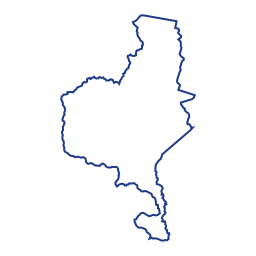 outline of Itaberaí, Goiás, Brazil
{"feature_id": "56859067B7419622155547", "entity_name": "Itaberaí", "entity_type": "district", "adm_level": 2, "iso_a3": "BRA", "parent_name": "Brazil", "parent_adm1": "Goiás", "projection": "mercator", "projection_center": [-49.83, -16.116], "detail": "fine", "context": "isolated", "style": "outline", "palette": "blue", "viewbox_px": 256, "rotation_deg": 0, "n_neighbors": 0, "source": "geoboundaries", "source_scale": "gbopen_adm2", "svg_char_len": 4884}
<svg xmlns="http://www.w3.org/2000/svg" viewBox="0 0 256 256"><path d="M117.4,180.0L116.3,181.5L115.4,182.6L115.6,184.5L117.0,186.5L119.1,184.7L120.3,184.0L122.4,183.8L123.9,184.3L124.7,185.4L126.1,185.6L126.8,184.5L128.1,184.7L129.1,183.4L130.9,183.6L134.1,183.1L135.8,184.6L136.8,185.0L137.4,185.8L137.3,187.7L138.2,188.8L140.2,189.9L141.6,191.4L143.9,191.3L145.9,191.0L151.4,193.8L152.0,195.4L152.7,197.0L154.0,197.4L155.3,198.8L155.9,202.4L156.2,204.8L157.8,204.8L158.0,206.6L157.9,208.3L159.0,208.8L159.4,211.3L159.9,213.1L158.7,214.3L157.1,215.2L155.3,215.4L153.6,214.8L151.4,215.5L149.6,216.2L147.6,215.5L145.7,214.2L143.1,212.8L141.1,213.1L139.6,214.8L138.1,216.1L136.1,219.3L134.5,219.6L134.5,221.3L136.2,225.4L138.3,227.6L141.3,227.6L145.1,229.0L146.0,230.0L146.8,232.0L149.0,233.7L150.3,235.1L150.5,236.2L150.1,237.4L149.5,238.6L151.8,237.8L153.1,238.6L154.9,238.3L157.3,238.8L159.4,239.6L161.5,240.5L163.2,240.6L165.5,240.0L166.9,240.3L168.6,239.0L168.4,237.6L168.5,236.0L169.4,234.0L168.9,233.1L167.6,233.2L167.0,231.9L167.2,230.3L165.7,229.1L165.4,227.9L166.1,226.7L166.0,225.6L165.1,224.1L165.4,222.6L164.9,221.3L163.2,221.7L162.1,221.3L162.8,219.7L161.9,218.1L162.4,216.7L163.2,215.5L164.0,214.6L165.0,213.9L165.5,212.5L164.7,211.7L164.8,208.5L164.7,207.5L164.1,206.6L165.1,204.8L166.2,204.2L165.2,203.6L166.1,202.4L165.4,201.5L164.3,200.8L163.5,198.9L162.4,197.9L163.5,196.2L163.1,194.4L161.7,194.7L161.8,192.8L161.4,191.6L161.6,190.5L162.8,188.1L162.0,186.8L161.5,186.1L160.2,185.3L159.4,184.7L158.2,184.5L156.9,184.1L156.5,182.2L157.6,180.3L157.9,178.6L156.7,177.9L156.5,176.0L156.0,174.1L156.6,172.1L155.3,171.0L155.5,169.4L155.4,167.8L155.9,164.5L157.2,162.8L158.4,161.0L160.6,159.0L161.6,156.7L162.4,154.2L173.6,144.6L189.5,131.0L190.5,130.1L192.6,127.7L191.2,128.0L190.9,126.6L190.3,125.5L189.7,124.5L188.7,124.1L187.8,124.3L187.2,123.0L188.4,118.4L189.1,117.5L189.3,115.6L189.0,114.5L188.3,113.3L187.3,112.7L186.1,111.7L184.7,110.2L184.8,108.5L183.4,107.9L182.4,106.2L181.6,105.3L180.9,103.9L180.9,102.5L192.0,99.2L193.8,97.7L194.8,95.2L178.4,89.9L179.2,87.3L180.1,85.5L179.3,84.1L177.6,82.9L177.1,81.6L177.2,79.9L177.9,77.6L178.4,75.8L178.9,74.8L179.5,72.4L180.8,69.9L180.2,68.7L180.2,66.9L180.9,65.2L181.3,63.2L182.2,61.1L183.8,59.7L183.8,58.4L181.9,56.9L180.7,55.8L179.6,54.0L180.4,51.3L181.2,49.1L181.4,47.5L180.7,45.3L180.9,43.3L180.6,41.6L179.5,40.5L178.3,39.4L180.1,38.1L181.0,37.2L180.9,35.6L179.9,34.8L178.3,33.3L178.3,32.2L179.1,31.1L179.1,30.1L178.1,28.6L175.2,28.0L176.6,21.2L160.1,18.3L148.8,16.3L146.3,15.8L143.3,15.4L140.9,15.4L139.4,17.0L137.6,19.0L135.9,20.7L134.5,21.5L132.9,22.1L133.6,23.8L134.5,24.9L135.4,25.6L136.3,26.5L137.7,27.5L137.1,29.4L136.7,31.6L137.6,32.5L137.3,34.5L138.3,36.9L139.7,38.7L140.4,40.4L141.8,41.4L142.8,42.6L142.7,43.7L142.9,45.0L142.0,45.5L142.1,46.5L141.9,48.7L140.7,49.1L139.6,49.3L138.5,50.3L137.1,50.3L136.3,51.1L135.9,53.7L136.0,55.3L134.7,55.8L133.7,56.0L132.7,55.9L131.4,55.5L130.4,54.5L129.3,55.5L127.9,55.8L127.5,57.1L128.3,58.2L128.9,59.8L129.0,61.0L129.6,61.7L130.4,62.9L129.7,64.1L128.8,65.6L128.7,66.9L128.5,68.1L127.2,68.7L126.6,69.6L125.7,70.6L125.1,71.5L125.1,72.9L123.1,73.8L123.6,74.8L123.5,76.0L122.3,77.2L121.6,78.1L121.3,79.2L120.2,80.4L119.9,82.1L119.2,83.6L118.8,82.5L117.7,82.6L116.9,82.0L115.6,81.9L114.1,82.9L113.6,81.7L113.0,80.9L112.7,79.8L111.6,79.8L110.4,79.2L109.3,80.3L107.8,80.5L106.5,80.5L105.6,79.3L104.1,78.8L103.4,77.5L102.3,77.6L101.4,78.0L99.6,77.0L98.2,78.3L96.4,78.5L95.0,77.8L94.0,76.8L92.9,77.5L91.6,78.4L90.4,79.0L89.7,77.9L88.4,78.5L87.3,78.7L86.9,79.8L87.2,81.3L86.5,82.2L85.0,82.4L84.1,81.9L83.1,83.0L82.2,84.2L82.1,85.5L80.5,86.3L79.2,86.6L77.9,87.3L76.9,87.8L76.7,88.8L75.7,89.7L74.3,90.7L73.3,92.3L72.0,92.1L70.5,92.0L67.4,92.2L67.7,93.8L66.6,94.2L65.3,94.6L63.6,94.6L62.7,95.6L61.5,97.2L61.2,98.7L61.5,100.1L62.2,101.2L62.8,102.8L62.8,104.8L63.5,105.8L64.9,108.0L64.8,109.1L65.0,110.7L64.4,112.1L64.2,113.4L64.6,114.8L63.5,116.0L63.2,117.0L62.9,118.4L62.4,119.5L62.7,120.8L64.1,121.5L64.6,122.9L64.1,123.9L63.7,125.4L62.9,126.6L62.8,128.0L63.0,129.1L62.9,130.3L62.3,131.2L62.0,132.2L62.1,133.5L62.8,135.0L62.3,137.6L62.6,139.7L63.6,141.1L63.8,142.3L63.8,143.6L63.5,144.9L63.6,146.3L64.4,147.5L64.1,149.4L64.5,151.1L65.8,152.3L67.3,152.9L68.7,154.2L69.5,155.1L70.7,155.6L71.7,155.9L72.7,156.0L73.8,156.2L74.7,157.1L75.9,157.1L77.5,156.7L79.4,157.1L81.3,157.7L82.7,157.2L84.0,157.4L84.8,158.0L85.6,158.9L85.9,160.8L86.1,162.1L86.9,163.0L87.8,163.7L89.1,163.8L90.4,163.1L91.3,163.2L92.5,163.6L93.7,164.3L94.5,165.2L95.6,165.5L97.6,165.6L99.6,165.9L101.0,164.5L102.5,163.5L104.0,164.2L105.0,165.1L106.4,166.7L107.5,167.3L108.8,167.5L110.0,167.6L111.1,167.3L112.1,166.9L113.9,167.0L116.3,166.9L117.2,167.5L118.1,168.8L118.2,170.8L118.8,172.4L119.1,173.5L119.1,174.6L118.4,175.8L118.8,176.9L118.1,179.3L117.4,180.0Z" fill="none" stroke="#1e3a8a" stroke-width="2"/></svg>